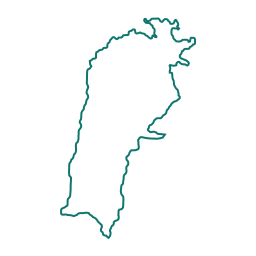 Zefat, HaZafon, Israel, rotated 182°
{"feature_id": "584046B13386645158990", "entity_name": "Zefat", "entity_type": "district", "adm_level": 2, "iso_a3": "ISR", "parent_name": "Israel", "parent_adm1": "HaZafon", "projection": "natural_earth1", "projection_center": [35.521, 33.074], "detail": "fine", "context": "isolated", "style": "outline", "palette": "teal", "viewbox_px": 256, "rotation_deg": 182, "n_neighbors": 0, "source": "geoboundaries", "source_scale": "gbopen_adm2", "svg_char_len": 5861}
<svg xmlns="http://www.w3.org/2000/svg" viewBox="0 0 256 256"><g transform="rotate(182 128 128)"><path d="M168.5,193.7L168.1,190.5L166.8,188.3L167.4,187.5L168.3,186.1L169.1,185.6L170.1,185.2L170.7,184.1L170.8,181.8L170.7,171.2L170.3,170.0L169.6,169.0L169.2,167.0L170.0,165.2L170.4,163.9L170.6,162.5L170.6,161.4L170.0,160.5L169.3,159.4L168.8,157.5L169.6,155.6L170.3,154.6L170.8,152.4L171.0,150.6L172.3,148.9L172.8,146.8L172.9,145.2L174.4,143.2L175.1,141.5L175.1,138.6L175.1,137.1L175.3,135.1L176.1,133.7L176.5,132.4L176.1,131.3L175.3,130.3L174.9,128.9L174.9,127.5L175.8,125.7L176.8,124.5L177.2,122.9L177.1,120.9L177.2,118.0L177.1,116.1L177.2,114.6L177.8,112.3L178.9,111.3L179.4,110.2L179.5,108.1L179.3,106.7L179.1,103.6L179.5,101.8L180.1,100.5L180.8,100.0L181.3,98.6L181.7,96.5L182.3,95.4L183.5,94.5L183.7,93.3L184.2,92.2L185.3,90.5L185.4,89.3L185.4,86.5L185.4,81.9L185.2,79.8L185.0,78.4L184.0,77.5L183.2,76.2L183.2,73.1L183.3,70.4L183.2,64.4L183.4,58.5L183.9,56.9L185.6,54.8L185.8,53.5L185.7,50.0L185.9,48.4L186.7,47.9L188.4,46.5L189.7,45.9L191.1,45.2L191.9,44.3L192.0,43.3L191.9,41.3L191.8,40.0L191.2,39.3L189.6,39.1L187.4,39.4L186.3,39.3L185.1,38.9L182.5,38.9L180.1,38.4L179.3,38.0L177.4,38.8L176.1,39.3L175.3,40.2L174.1,41.0L172.7,41.3L170.2,41.3L168.9,41.6L166.4,41.9L166.2,41.9L164.3,41.6L163.8,40.8L162.4,39.7L161.8,39.4L161.1,39.0L160.3,38.0L158.3,37.1L157.0,36.3L156.0,35.2L154.2,32.8L153.2,32.2L152.1,31.0L151.1,30.3L150.6,28.6L150.9,27.4L151.3,26.6L151.6,25.0L151.1,23.8L150.0,23.1L149.4,22.0L149.2,20.9L148.6,20.2L147.2,19.7L145.9,19.6L145.1,18.7L144.7,18.1L143.6,17.5L142.9,18.4L142.3,19.4L141.9,20.6L141.8,21.8L141.8,23.0L142.4,24.3L142.2,26.2L141.6,27.1L141.3,28.2L140.5,29.8L139.4,30.5L138.9,31.7L138.9,33.4L137.9,34.5L136.1,35.2L135.1,35.7L134.2,36.9L134.2,39.7L134.6,40.4L134.5,42.6L134.6,44.4L134.2,45.8L133.0,46.4L131.7,46.6L130.8,47.5L130.2,48.6L130.1,51.3L130.1,54.0L130.1,57.1L130.4,59.1L130.7,59.8L131.9,61.0L132.6,62.5L132.9,63.8L133.0,65.3L132.8,67.7L132.6,69.9L132.3,70.9L131.6,71.4L131.0,72.5L131.0,74.5L130.6,76.6L130.6,78.0L130.6,79.2L130.3,80.6L129.6,81.6L128.5,82.6L128.0,84.4L128.1,85.8L128.3,87.6L128.3,88.8L127.6,90.1L126.8,90.9L126.5,92.2L126.6,93.9L127.2,95.1L128.3,96.2L128.7,98.4L127.8,99.8L126.6,100.6L126.0,101.9L125.7,103.1L125.1,104.4L124.3,105.5L123.9,105.8L120.2,106.0L118.8,106.4L117.1,107.2L116.6,108.1L116.6,110.0L117.0,112.1L117.2,114.9L117.5,116.1L116.3,118.2L115.2,119.2L113.5,119.3L111.3,118.9L109.7,118.6L105.7,118.3L98.5,118.3L95.7,118.8L94.9,119.1L93.5,119.5L92.8,119.8L92.1,121.0L91.3,122.1L90.9,122.7L94.4,123.0L98.0,123.2L98.8,123.7L99.8,124.6L100.7,124.8L102.1,125.2L103.4,125.0L105.3,124.6L106.2,125.1L107.8,126.3L108.0,127.6L107.3,128.6L106.9,130.7L105.9,131.7L104.9,132.0L104.1,132.7L102.9,134.1L102.5,135.4L102.1,136.5L100.6,137.9L99.6,138.7L97.2,138.9L95.6,138.9L94.6,139.9L93.7,141.3L92.9,142.1L91.4,143.0L90.7,143.7L90.2,145.2L89.9,146.8L89.3,147.8L88.5,148.4L88.0,149.2L87.7,150.3L87.0,151.2L86.3,151.7L86.0,152.6L85.1,154.0L84.0,155.0L83.2,155.8L81.9,156.2L80.6,156.8L79.7,157.5L78.8,158.2L78.1,158.8L77.3,159.8L77.5,161.2L78.6,162.3L78.6,163.8L79.1,165.7L79.7,167.8L81.5,169.4L82.3,170.7L83.6,173.1L83.7,174.9L84.1,177.1L84.9,178.3L85.4,180.2L85.6,182.2L85.9,184.4L86.7,184.7L88.2,184.8L88.3,185.6L88.1,187.5L87.8,189.0L88.1,190.6L88.6,191.7L88.1,192.4L87.6,192.3L85.2,191.8L83.3,192.0L81.9,192.4L81.9,194.0L81.2,195.2L79.9,195.9L79.1,195.9L78.5,195.3L78.0,194.6L76.3,193.7L75.0,193.6L73.6,193.6L72.5,193.4L72.0,192.9L70.9,192.5L69.9,193.3L69.4,194.9L70.2,196.1L72.2,197.6L77.0,199.3L78.2,200.0L78.8,201.5L78.6,202.6L77.7,203.5L77.2,204.5L77.0,205.4L76.6,206.7L75.5,207.1L75.0,208.2L74.1,208.9L72.7,209.1L70.6,209.2L69.5,209.6L69.0,211.0L67.4,211.9L66.6,212.7L65.9,213.7L65.1,213.8L64.1,214.5L64.0,215.9L64.0,217.7L64.4,219.7L65.2,220.3L65.7,220.4L68.0,220.4L68.4,220.1L68.7,219.3L68.9,217.9L69.1,216.7L69.7,216.3L70.5,216.3L70.9,217.4L71.6,218.0L72.8,218.2L74.5,218.2L76.5,218.0L77.3,217.4L77.9,216.7L79.3,216.3L81.9,216.2L82.9,216.4L84.0,217.6L84.9,218.3L85.7,219.2L85.9,220.1L86.2,221.1L86.8,222.0L87.4,222.7L87.8,223.8L87.9,224.7L87.9,226.9L87.7,228.1L87.2,228.9L86.3,229.4L84.7,229.1L83.9,229.2L82.4,229.1L81.7,228.4L81.1,228.3L80.5,229.2L81.5,230.3L82.2,230.8L82.4,231.4L81.5,232.3L81.4,233.1L81.8,234.6L82.3,235.5L83.3,236.5L83.6,237.5L84.4,237.6L85.2,236.8L85.4,235.6L86.0,234.4L86.7,233.8L88.0,233.6L89.3,233.7L89.7,234.7L90.2,235.6L91.2,236.2L91.8,236.8L92.0,237.4L92.7,237.9L93.4,238.1L95.0,238.1L96.0,237.2L96.6,236.3L96.9,235.9L97.9,235.2L99.0,235.7L99.9,236.5L100.5,237.8L101.7,238.5L104.1,238.2L106.2,238.2L108.2,237.9L108.8,237.3L109.5,236.3L110.6,235.9L111.4,235.4L112.3,235.3L113.4,236.5L114.0,237.5L114.6,237.7L115.3,237.4L115.6,235.9L114.8,234.7L113.5,233.7L111.0,233.7L109.8,233.5L108.6,231.9L107.7,231.5L107.1,231.1L106.8,229.5L106.0,228.7L105.0,227.7L104.7,226.1L105.1,223.7L104.8,222.5L104.0,221.6L102.8,220.7L102.9,219.8L103.9,219.8L105.2,220.7L106.1,221.3L106.5,221.2L107.0,220.2L107.1,219.5L107.3,218.6L107.9,218.3L108.9,218.3L110.5,219.3L111.3,220.1L111.9,220.7L113.0,221.0L113.8,221.5L114.7,222.6L115.4,222.8L117.3,223.1L118.2,223.3L118.9,223.8L119.4,223.9L120.3,223.4L121.7,222.9L122.9,222.8L123.8,223.3L124.2,225.0L124.4,225.9L124.8,226.6L126.3,226.7L127.3,225.9L127.9,225.3L129.4,224.9L130.5,224.2L130.7,222.5L130.8,221.4L131.4,220.9L133.9,220.8L136.0,220.4L137.0,218.7L137.9,218.2L140.5,218.0L141.3,216.9L142.2,216.4L143.5,216.9L144.5,217.9L145.5,218.3L146.4,218.1L147.3,217.1L147.9,216.1L148.7,215.6L149.2,214.3L149.5,213.1L150.3,212.4L151.1,211.8L151.4,210.9L151.5,209.7L151.6,208.1L152.6,207.3L153.9,207.3L155.2,207.1L156.4,205.5L157.6,205.1L158.8,205.0L159.6,204.6L160.3,203.6L162.2,202.6L162.5,201.4L162.5,198.7L162.4,197.3L163.0,196.5L164.2,196.1L165.4,196.0L167.1,194.4L168.0,193.9L168.5,193.7Z" fill="none" stroke="#0f766e" stroke-width="2"/></g></svg>